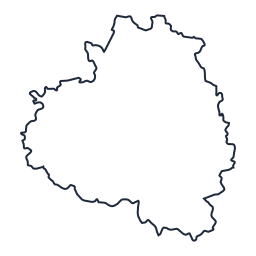 the Region of Tula
{"feature_id": "RUS-2368", "entity_name": "Tula", "entity_type": "Region", "adm_level": 1, "iso_a3": "RUS", "parent_name": "Russia", "parent_adm1": "", "projection": "albers", "projection_center": [37.489, 53.9], "detail": "fine", "context": "isolated", "style": "outline", "palette": "slate", "viewbox_px": 256, "rotation_deg": 0, "n_neighbors": 0, "source": "natural_earth", "source_scale": "10m", "svg_char_len": 5711}
<svg xmlns="http://www.w3.org/2000/svg" viewBox="0 0 256 256"><path d="M233.4,167.5L232.8,167.5L232.1,167.8L230.6,169.0L228.5,169.9L221.9,171.1L220.9,172.5L219.9,174.4L219.4,175.6L220.1,176.4L221.3,177.4L221.7,178.1L221.5,179.5L220.9,180.9L220.7,182.3L221.7,184.4L223.9,187.6L224.2,188.7L224.3,189.3L224.3,189.7L223.7,190.4L222.8,191.2L218.2,194.3L214.5,194.6L204.0,198.6L206.6,201.4L208.2,202.3L209.9,204.7L212.4,206.6L212.8,207.4L212.9,208.0L212.8,209.8L211.6,213.2L211.4,215.7L212.1,217.2L215.1,220.4L215.5,220.9L215.8,221.7L215.8,222.1L215.2,223.6L212.8,227.2L212.8,228.2L213.5,229.1L212.9,230.0L208.3,231.8L205.1,230.8L204.1,231.0L201.3,234.1L200.0,235.0L196.8,236.5L196.5,237.2L196.3,239.0L195.9,239.8L195.0,240.5L193.8,240.6L193.3,240.5L192.4,239.6L191.3,237.0L189.6,233.5L188.7,233.4L186.3,234.7L185.2,234.6L184.2,234.3L183.1,233.7L177.7,229.1L177.1,228.9L176.4,228.8L171.6,229.7L170.5,229.7L168.9,229.3L166.5,228.0L164.5,227.6L163.6,227.6L162.5,228.8L161.2,231.9L160.7,233.2L160.1,234.2L158.5,235.3L157.2,232.3L155.8,227.5L154.6,225.7L151.3,223.0L149.2,220.6L148.0,220.0L147.3,220.4L145.6,222.2L144.6,222.6L141.9,222.9L140.0,220.1L138.2,216.1L137.8,213.9L137.7,212.6L138.1,206.5L138.7,203.0L138.7,201.7L138.5,201.1L138.2,200.8L132.9,203.3L131.9,203.0L130.0,201.2L128.6,200.0L127.5,199.6L125.4,199.3L122.3,199.5L121.4,199.9L119.1,202.1L117.7,203.7L116.1,204.7L114.0,205.8L112.0,206.2L110.0,205.7L108.3,204.9L105.9,203.2L104.2,202.7L98.6,202.2L97.3,199.4L96.6,199.3L95.0,201.2L93.8,201.7L91.9,201.9L84.1,200.5L82.2,199.6L81.7,199.2L77.1,194.2L74.8,189.2L74.7,188.4L74.8,186.9L74.5,186.4L74.1,186.1L71.2,185.1L70.4,185.1L69.8,185.7L68.5,187.3L67.0,188.5L65.8,188.9L64.7,188.9L63.1,188.4L61.5,187.6L57.5,184.8L54.9,184.3L54.1,183.5L53.0,181.4L50.6,179.5L48.6,177.4L48.9,174.5L47.9,173.8L47.1,172.5L45.6,169.6L44.7,168.8L44.1,168.6L43.6,168.1L43.3,166.6L42.5,167.0L36.8,168.6L34.3,168.7L33.7,168.6L33.1,168.2L31.6,166.4L30.7,165.8L28.6,165.4L28.1,165.2L27.8,164.8L27.8,162.6L27.6,161.0L26.3,158.2L26.3,156.7L27.3,155.3L30.4,152.6L31.1,151.4L31.2,150.8L31.1,150.3L27.9,148.1L27.0,148.0L25.1,148.5L24.7,148.4L24.1,148.0L23.9,147.6L23.9,146.1L23.6,143.8L22.4,140.7L24.5,139.5L24.9,138.5L24.8,136.4L24.5,135.6L24.2,135.3L22.2,134.5L21.6,134.2L21.1,133.4L21.1,133.0L21.4,132.7L24.4,132.5L25.3,132.0L25.9,131.2L26.0,130.7L26.1,128.2L26.3,126.5L26.8,125.1L29.6,122.3L31.2,121.2L34.1,120.8L35.6,119.9L36.0,119.0L36.0,118.3L35.3,115.4L35.4,114.1L36.4,112.1L37.9,109.9L42.0,108.5L42.7,108.0L43.3,107.0L43.1,105.1L42.5,103.9L42.2,103.6L40.4,102.4L39.0,102.3L37.4,102.6L35.2,103.5L34.5,103.6L34.3,103.3L33.3,101.2L33.4,100.8L33.7,100.5L35.1,100.6L36.0,100.4L36.3,99.7L36.1,98.9L35.5,98.4L34.3,98.1L33.8,97.3L29.9,93.9L29.9,92.9L30.5,92.2L33.0,91.1L34.2,91.0L35.2,91.3L36.0,91.7L37.0,92.9L38.7,95.1L39.8,95.9L41.0,96.4L41.6,96.5L42.1,96.3L44.2,93.7L44.7,92.9L45.0,92.0L45.0,91.1L44.9,88.4L45.1,87.9L45.6,87.2L46.1,87.0L46.5,87.2L47.6,88.8L48.3,88.9L53.3,88.7L54.0,88.8L55.7,90.2L56.5,90.4L56.9,90.3L57.1,89.9L57.1,89.0L56.9,88.3L57.1,87.7L57.6,87.1L60.2,85.5L60.7,84.9L60.6,84.2L60.2,83.0L60.1,82.1L60.2,81.5L60.9,81.0L67.5,80.6L78.7,77.8L80.6,79.0L80.7,79.9L79.6,81.3L79.4,82.0L80.0,82.5L83.0,82.2L85.8,80.9L87.1,80.7L90.0,81.9L91.1,82.0L92.3,81.5L93.5,80.7L94.6,79.0L95.0,77.6L95.1,76.5L94.9,74.9L94.1,73.4L94.0,72.7L94.3,71.9L96.0,69.5L96.4,68.5L96.3,67.4L95.7,66.4L93.7,62.2L92.8,60.9L92.1,60.5L91.7,60.6L90.2,61.1L89.8,61.1L89.3,61.0L88.4,59.7L88.1,57.6L88.0,54.4L87.8,53.2L87.0,51.9L85.7,50.1L85.2,49.0L85.4,47.0L85.2,44.1L85.4,42.6L86.0,42.1L87.2,41.9L91.0,43.1L91.6,43.6L92.3,45.1L92.8,45.5L95.6,45.1L98.6,45.7L100.3,46.5L101.9,48.0L102.9,49.6L103.3,50.8L104.0,51.7L105.1,50.1L113.5,33.5L114.0,31.9L113.8,30.7L111.8,29.8L112.1,28.8L113.2,26.9L114.1,24.3L114.5,22.6L114.6,20.8L115.0,19.0L117.1,15.7L125.8,17.3L129.1,16.3L130.2,16.4L131.1,17.3L132.3,20.7L133.7,22.5L137.4,25.3L137.7,26.0L137.9,27.4L145.7,30.4L150.5,28.8L151.7,27.7L152.5,22.2L152.3,21.0L151.1,18.8L151.1,17.5L151.5,17.2L152.4,17.0L154.3,17.0L155.0,16.8L156.6,15.6L157.6,15.4L164.2,16.0L164.5,17.2L165.5,19.5L165.7,21.0L165.6,22.7L165.8,23.2L166.6,23.6L168.2,23.5L169.2,24.0L170.2,24.9L171.0,25.9L171.0,26.8L170.7,28.5L170.8,29.4L171.2,30.3L172.0,30.8L173.1,31.4L175.8,31.4L176.7,31.9L178.1,34.0L178.5,34.1L179.7,33.4L180.9,33.0L181.4,33.1L181.7,33.4L183.1,36.2L183.8,36.6L192.3,37.8L193.9,36.9L195.4,38.2L195.9,38.3L200.7,38.8L201.4,39.0L203.0,40.9L204.5,43.8L204.6,44.4L204.6,45.2L204.0,45.8L202.8,46.0L202.2,46.6L201.6,47.6L200.5,50.3L199.4,52.1L198.4,52.7L196.0,53.3L195.0,53.9L194.9,54.7L195.5,56.2L195.9,59.0L196.4,60.1L198.3,62.6L200.9,66.9L201.5,67.5L203.7,68.4L204.1,69.0L204.4,69.8L204.8,71.9L205.0,78.2L205.5,80.9L210.7,82.9L213.7,85.1L216.3,86.1L216.4,91.8L216.2,94.2L216.5,95.1L216.9,95.4L217.3,95.3L218.5,93.6L219.5,93.0L220.2,92.9L221.1,93.1L221.9,94.0L222.1,94.9L222.3,97.4L222.8,99.2L222.5,100.0L221.6,100.8L219.8,101.7L219.2,102.4L218.1,104.7L218.0,106.5L218.5,108.9L219.4,112.0L219.4,114.7L219.6,115.3L221.1,115.4L221.5,114.1L221.8,113.8L222.1,113.8L222.6,114.2L223.2,116.1L223.4,117.1L223.3,119.4L223.4,120.3L223.7,120.7L224.1,121.2L225.9,122.4L228.9,122.9L228.7,125.0L228.2,125.9L227.1,127.0L226.3,128.1L225.4,129.6L225.4,130.2L225.6,130.7L226.1,131.5L227.2,132.6L227.6,133.5L227.5,134.3L227.3,134.8L227.1,135.2L226.1,135.8L226.0,136.3L226.2,137.1L226.9,138.5L227.1,139.6L227.1,140.3L226.5,141.5L226.4,142.0L226.7,142.7L227.6,143.6L228.2,144.0L228.8,144.1L232.8,144.2L234.0,144.8L234.5,145.8L234.9,147.3L234.9,148.8L234.0,153.1L233.6,156.7L233.1,157.7L231.5,159.2L231.2,159.9L231.3,160.2L231.7,160.6L234.5,161.7L234.7,162.2L234.7,162.8L233.3,165.2L233.1,165.9L233.4,167.5Z" fill="none" stroke="#1e293b" stroke-width="2"/></svg>